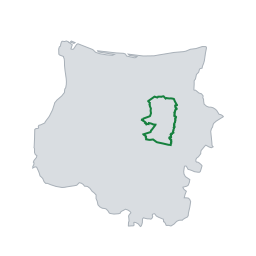 Haut-Sassandra, Haut-Sassandra, Ivory Coast shown in context, rotated 192°
{"feature_id": "98640826B13622385448205", "entity_name": "Haut-Sassandra", "entity_type": "district", "adm_level": 2, "iso_a3": "CIV", "parent_name": "Ivory Coast", "parent_adm1": "Haut-Sassandra", "projection": "orthographic", "projection_center": [-6.803, 7.032], "detail": "fine", "context": "in_parent", "style": "outline", "palette": "green", "viewbox_px": 256, "rotation_deg": 192, "n_neighbors": 0, "source": "geoboundaries", "source_scale": "gbopen_adm2", "svg_char_len": 7311}
<svg xmlns="http://www.w3.org/2000/svg" viewBox="0 0 256 256"><g transform="rotate(192 128 128)"><path d="M55.8,49.0L56.7,49.0L59.0,48.3L61.0,46.8L63.0,43.6L65.6,41.1L68.5,41.2L69.4,40.8L70.4,40.7L71.6,42.4L72.9,43.7L73.7,43.7L74.4,46.1L79.7,47.1L82.0,47.8L84.0,49.6L84.6,49.6L85.4,49.2L86.1,48.6L86.2,47.9L85.4,46.4L85.7,44.9L86.6,43.6L88.0,43.6L90.1,43.2L92.4,43.2L94.2,43.4L94.9,42.1L94.3,38.5L94.4,36.6L94.7,34.9L95.4,34.2L98.0,36.3L100.5,37.1L102.2,37.1L102.7,36.7L101.9,34.4L102.1,33.7L102.8,33.3L103.9,33.1L107.0,32.2L107.3,32.3L107.9,36.0L107.6,37.1L108.3,39.6L109.1,41.9L109.0,42.8L108.4,44.2L107.6,45.5L107.7,46.0L108.9,46.9L111.3,47.8L113.7,48.0L115.1,46.7L116.5,45.6L117.5,44.7L117.8,43.2L119.4,42.2L123.8,40.9L127.9,40.7L128.8,41.1L130.7,43.1L133.0,44.4L136.6,44.2L139.2,45.0L141.4,46.6L142.9,50.0L144.6,52.4L145.3,55.9L147.9,57.7L149.9,58.6L152.7,61.1L155.5,62.4L158.5,62.1L159.9,63.4L162.1,64.3L164.3,64.4L166.2,61.4L168.7,60.3L175.1,57.9L177.7,56.8L180.2,56.1L186.4,55.9L192.2,56.5L195.1,57.1L197.0,56.7L198.9,58.0L200.9,60.9L202.4,61.9L204.1,62.9L205.3,65.2L206.7,67.4L207.5,68.4L209.2,70.7L210.7,70.7L212.2,69.7L212.8,69.0L213.1,70.5L212.5,72.9L212.7,74.4L213.5,74.9L213.1,76.9L211.4,80.2L211.4,82.1L213.1,82.7L214.4,84.7L215.1,88.3L215.9,89.4L215.9,90.2L217.3,98.7L218.9,107.2L217.9,108.3L216.6,108.7L215.7,109.1L215.5,109.9L216.1,111.0L215.7,112.1L214.1,112.9L210.5,115.6L210.3,116.7L209.3,119.0L208.6,120.4L207.4,123.1L205.6,130.0L205.0,135.8L204.9,137.5L204.2,138.8L203.3,140.6L199.5,145.5L197.5,149.6L197.8,151.3L197.9,153.1L197.3,154.3L197.4,157.7L197.9,160.6L198.7,163.4L201.6,171.3L203.1,176.0L204.0,179.9L204.8,182.5L205.6,183.5L205.9,184.5L210.1,185.2L211.0,185.8L212.2,190.8L212.0,193.1L211.1,194.0L211.2,195.9L211.0,198.3L210.4,199.2L208.0,199.4L206.4,200.3L204.3,200.0L204.1,199.4L203.0,199.2L199.8,197.8L200.3,193.5L198.9,193.3L197.7,193.9L195.6,199.1L194.5,200.0L178.8,197.4L175.4,195.3L171.3,194.8L164.2,195.1L158.4,195.8L156.7,197.1L171.5,196.3L173.1,196.4L173.8,197.2L155.1,199.0L148.0,200.1L145.9,199.8L144.3,198.1L136.5,198.0L135.0,198.5L134.0,199.8L137.0,199.5L141.9,199.4L143.2,200.3L128.1,201.6L117.6,204.0L113.2,205.8L98.6,211.5L89.7,214.2L87.4,215.2L83.3,218.0L78.1,219.8L72.3,223.1L68.7,223.8L67.9,222.8L67.8,217.2L67.3,209.7L67.5,206.8L68.0,204.1L68.0,201.9L69.8,201.1L70.3,200.1L70.5,197.2L72.2,194.6L72.2,190.0L72.7,189.0L73.1,187.8L72.4,184.7L71.5,179.0L71.0,178.7L70.6,178.9L69.7,179.0L66.0,177.0L63.2,176.7L61.2,175.0L61.1,173.1L60.1,171.9L59.5,169.7L58.5,167.2L55.7,165.6L53.1,165.2L51.2,165.6L49.1,165.5L46.6,164.6L44.9,163.6L43.2,161.8L41.7,160.3L40.5,160.4L39.0,160.1L37.6,159.4L37.1,158.9L43.2,153.0L45.3,150.1L45.5,148.3L45.5,146.5L46.2,144.7L46.4,141.9L43.1,131.7L42.2,128.5L41.3,127.6L40.8,127.3L42.4,126.0L44.8,126.3L48.3,127.4L49.1,126.3L51.8,121.2L51.8,119.3L51.5,118.0L53.1,114.5L54.4,113.1L55.0,111.7L54.8,109.7L53.9,108.9L52.6,109.1L51.1,108.6L48.9,107.4L47.7,106.4L48.1,101.7L48.3,100.3L49.1,99.5L50.4,99.3L53.9,99.1L56.7,99.7L59.2,100.0L60.6,100.0L61.7,101.3L63.1,102.8L64.4,102.7L64.8,101.7L64.5,97.1L63.7,94.7L61.8,92.4L56.8,90.4L56.7,87.6L57.2,84.6L58.3,83.4L62.0,81.5L61.4,80.5L60.2,79.4L57.8,78.3L58.4,74.7L58.5,71.4L56.5,71.8L54.5,72.0L52.8,71.0L51.4,69.0L51.1,63.6L51.2,57.4L50.9,54.7L51.5,53.2L53.2,51.9L55.1,50.1L55.8,49.0ZM202.3,200.1L201.5,201.3L197.5,200.5L198.5,199.5L202.3,200.1Z" fill="#d9dde1" stroke="#a8b0b8" stroke-width="1"/><path d="M107.7,120.7L104.9,120.8L103.9,121.0L101.1,122.0L97.1,120.2L96.5,120.1L90.4,120.1L85.1,120.0L83.6,120.2L82.7,120.2L82.7,120.4L82.7,120.6L82.7,120.8L82.7,121.0L82.7,121.3L82.8,121.7L82.8,121.8L82.8,122.2L82.8,122.3L82.7,122.4L82.8,122.5L83.0,122.7L83.0,122.9L83.0,123.2L82.9,123.3L82.7,123.6L82.9,124.1L83.1,124.2L83.2,124.4L83.1,124.6L83.1,124.8L83.2,125.1L83.4,125.2L83.4,125.3L83.5,125.3L83.9,125.8L84.0,125.8L84.3,125.6L84.5,125.7L84.7,125.9L85.0,126.3L85.1,126.5L85.2,126.4L85.3,126.4L85.4,126.5L85.5,126.6L85.5,127.0L85.6,127.3L85.5,127.5L85.2,127.5L85.0,127.4L84.7,127.4L84.5,127.5L84.4,127.5L84.2,127.7L84.1,127.8L83.9,127.9L83.9,128.0L84.0,128.4L84.1,128.6L84.3,128.6L84.4,128.8L84.3,129.2L84.3,129.4L84.3,129.5L84.4,129.8L84.6,130.0L84.9,130.3L85.0,130.4L85.0,130.5L84.9,130.9L84.8,131.1L84.7,131.2L84.6,131.4L84.4,131.4L84.1,131.4L83.9,131.5L83.7,131.5L83.7,131.8L83.8,131.9L83.8,132.0L83.5,132.2L83.4,132.4L83.3,132.5L83.0,132.6L82.9,132.6L82.6,132.8L82.6,133.0L82.9,133.3L83.0,133.4L83.2,133.9L83.3,134.0L83.3,134.3L83.2,134.5L83.0,135.0L83.2,135.3L83.2,135.6L83.2,135.8L83.1,136.0L83.1,136.6L83.0,136.9L82.9,137.2L83.0,137.6L83.1,138.0L83.3,138.1L83.2,138.3L82.8,138.3L82.6,138.5L82.6,138.8L82.8,139.1L83.1,139.1L83.4,139.5L83.5,139.6L83.5,139.8L83.3,139.9L83.3,140.0L83.2,140.1L83.3,140.5L83.3,140.8L83.5,140.9L83.6,141.0L83.8,141.2L83.8,141.3L83.8,141.5L83.7,141.6L83.6,142.1L83.6,142.4L83.4,142.8L83.4,143.1L83.4,143.3L83.3,143.7L83.3,143.8L83.2,143.8L83.2,144.1L83.3,144.2L83.4,144.4L83.4,144.8L83.4,145.1L83.3,145.3L83.2,145.4L83.2,145.7L83.3,146.0L83.6,146.5L83.8,146.5L83.9,146.8L83.8,147.0L83.8,147.3L83.6,147.5L83.4,147.6L83.3,147.9L83.3,148.0L83.3,148.4L83.3,148.5L83.3,148.8L83.5,149.0L83.8,149.1L84.2,149.2L84.3,149.1L84.5,149.2L84.9,149.2L84.9,149.3L85.0,149.4L85.0,149.5L85.2,150.0L85.3,150.1L85.2,150.2L85.3,150.3L85.3,150.6L85.2,150.9L85.2,151.0L85.3,151.0L85.4,151.3L85.5,151.5L85.6,151.9L85.6,152.0L85.4,152.4L85.4,152.5L85.7,152.7L85.9,152.8L85.9,153.0L85.7,153.3L85.4,153.6L85.4,153.8L85.4,154.0L85.5,154.3L85.6,154.6L85.5,154.9L85.5,155.0L85.5,155.3L85.5,155.5L85.4,155.7L85.2,155.9L84.8,156.1L84.5,156.4L84.5,156.5L84.4,156.7L84.5,156.8L84.5,157.0L84.8,157.1L85.1,157.3L85.1,157.5L85.3,157.5L85.5,157.5L85.7,157.8L85.8,158.1L85.9,158.3L86.1,158.4L86.2,158.6L86.2,158.8L86.4,159.4L86.5,159.5L86.5,159.8L86.3,159.9L86.2,160.1L85.9,160.3L85.6,160.4L85.3,160.4L85.2,160.3L84.9,160.5L85.0,160.8L85.3,160.8L85.5,160.8L85.6,161.0L85.7,161.4L85.7,161.5L87.0,163.0L87.6,163.7L88.2,164.5L89.0,165.8L89.3,166.0L90.1,166.0L90.8,166.0L92.1,165.9L92.9,165.7L93.7,165.5L94.4,165.4L94.7,165.4L95.5,165.3L96.6,165.3L97.3,164.6L99.8,166.4L100.7,166.1L101.9,165.5L102.0,165.4L102.3,165.4L102.6,165.4L103.7,165.2L105.0,164.9L105.1,164.6L105.7,163.9L108.6,164.2L113.3,159.1L113.6,158.9L113.8,158.6L113.8,158.4L112.6,157.6L111.8,157.1L111.9,155.5L111.8,155.4L111.5,155.2L111.4,155.1L111.5,154.9L111.5,154.7L111.1,153.8L109.7,151.9L109.5,149.6L108.6,147.3L108.9,144.4L109.5,143.8L114.9,140.4L115.0,139.3L116.9,139.0L116.5,138.9L116.4,138.8L115.9,138.7L115.7,138.6L115.4,138.5L114.8,138.2L114.5,138.2L114.1,138.0L113.8,137.9L113.5,137.8L113.4,137.8L113.3,137.7L113.2,137.7L112.9,137.6L112.8,137.4L112.6,137.4L112.3,137.2L112.0,137.0L111.8,136.9L111.7,136.9L111.5,136.7L111.4,136.5L111.4,136.3L111.7,136.1L111.3,135.9L111.2,135.7L110.8,135.3L109.5,136.1L108.7,136.1L108.7,137.2L106.6,137.2L104.5,136.9L104.1,136.7L101.8,137.0L101.8,136.7L104.5,130.9L104.9,130.5L105.0,129.3L105.1,128.7L111.6,125.0L111.5,124.9L111.4,124.8L111.0,124.6L110.8,124.5L110.4,124.4L110.1,124.4L109.9,124.4L109.6,124.0L109.4,123.8L109.2,123.8L109.0,123.7L108.9,123.6L108.7,123.6L108.5,123.3L108.5,123.2L108.6,122.8L108.5,122.6L108.6,122.2L108.4,122.0L108.3,121.9L107.9,121.5L107.9,121.4L107.8,121.2L107.9,120.9L107.7,120.8L107.7,120.7L107.7,120.7Z" fill="none" stroke="#15803d" stroke-width="2"/></g></svg>